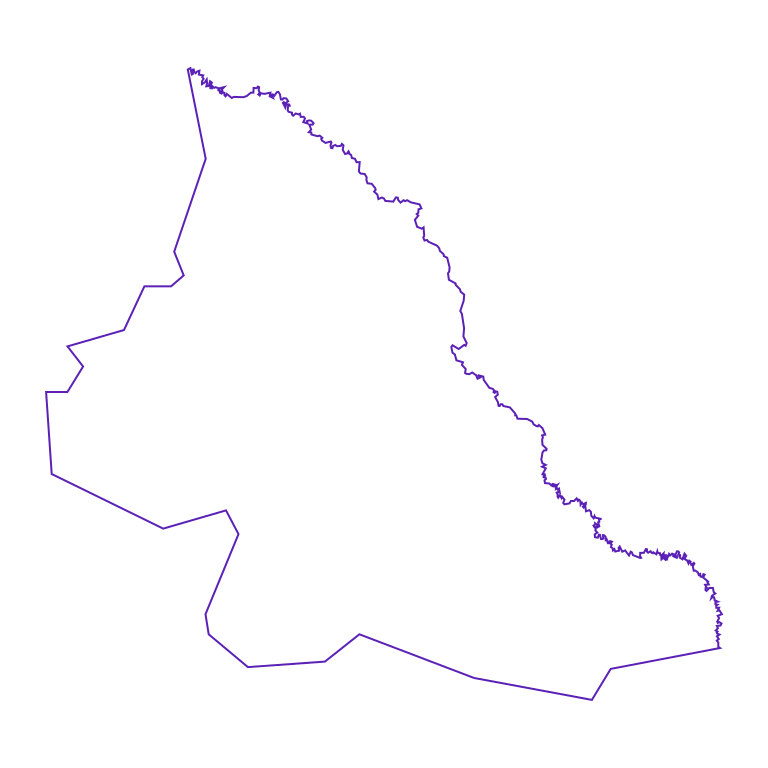 outline of Pochalla, Jonglei, South Sudan
{"feature_id": "79223893B22691287422318", "entity_name": "Pochalla", "entity_type": "district", "adm_level": 2, "iso_a3": "SSD", "parent_name": "South Sudan", "parent_adm1": "Jonglei", "projection": "natural_earth1", "projection_center": [34.083, 7.206], "detail": "fine", "context": "isolated", "style": "outline", "palette": "violet", "viewbox_px": 768, "rotation_deg": 0, "n_neighbors": 0, "source": "geoboundaries", "source_scale": "gbopen_adm2", "svg_char_len": 6048}
<svg xmlns="http://www.w3.org/2000/svg" viewBox="0 0 768 768"><path d="M720.0,648.0L718.3,646.8L718.3,642.4L716.8,640.6L718.8,639.0L716.9,636.3L719.5,634.6L717.3,633.7L716.7,632.7L717.6,631.6L715.7,630.5L717.9,628.3L716.9,625.9L720.5,625.5L721.5,623.5L719.3,622.1L717.8,622.9L717.2,621.6L719.1,618.1L717.7,615.8L721.9,614.2L719.4,610.3L717.6,610.8L719.1,607.7L716.3,607.8L716.2,605.6L717.5,604.7L715.4,604.1L715.4,602.1L717.7,601.6L714.6,600.2L714.2,597.4L712.6,597.0L711.3,598.3L712.0,595.7L715.3,593.5L713.7,592.1L712.9,587.9L709.2,588.0L706.6,590.9L705.5,590.1L705.6,588.0L706.7,587.7L705.1,584.8L708.8,584.5L707.4,582.0L708.0,581.5L703.1,577.4L704.6,574.7L703.4,574.2L702.3,576.9L700.5,576.6L700.2,573.9L699.1,574.4L699.1,575.9L697.8,572.3L695.4,570.6L693.7,570.7L692.8,566.1L694.4,563.7L693.8,562.9L691.3,564.8L690.2,562.8L690.6,561.6L689.3,560.7L688.4,563.3L687.2,560.5L684.4,558.9L686.2,555.7L684.5,553.6L682.4,559.3L679.8,557.6L680.2,555.1L678.3,554.7L679.2,552.5L678.5,551.5L677.0,551.3L675.8,554.0L674.2,554.4L674.5,555.6L677.4,556.6L676.8,557.8L673.2,556.2L673.2,554.2L672.1,553.6L670.1,555.5L669.0,553.9L667.6,557.4L666.2,555.2L664.7,555.2L664.7,556.8L666.7,559.6L665.6,559.9L663.5,557.8L661.5,559.4L661.3,556.7L663.2,556.2L663.6,553.3L661.6,555.2L660.2,555.0L660.0,553.2L657.7,552.9L657.3,551.3L656.4,554.3L653.3,552.3L652.8,553.2L651.3,552.6L650.6,551.2L648.1,552.7L646.9,551.5L647.0,549.3L645.9,549.0L643.8,552.9L640.2,552.9L640.1,556.2L641.1,557.8L640.3,558.0L632.9,555.1L631.9,552.4L630.7,551.7L629.0,555.5L625.1,550.4L622.3,551.7L619.7,546.5L618.6,547.9L619.1,550.7L615.2,551.5L614.4,549.1L613.0,550.4L612.6,548.3L610.9,547.0L611.7,544.7L610.4,543.6L611.9,541.7L610.0,541.1L609.1,541.5L609.3,543.2L607.9,543.2L606.6,539.2L605.7,539.9L605.5,536.7L604.1,535.3L602.9,535.1L603.3,538.5L602.6,539.0L601.0,539.0L599.9,534.8L598.9,534.7L597.8,537.7L595.0,537.2L594.7,534.4L597.3,532.6L595.3,530.3L596.2,526.9L594.5,527.3L593.5,525.6L595.2,524.6L595.1,523.3L596.9,524.6L597.5,527.3L599.3,526.3L598.1,522.3L599.3,521.8L599.0,519.3L601.5,519.0L595.2,517.6L594.5,516.0L593.6,518.3L591.3,515.8L590.9,511.8L589.4,510.2L586.0,511.3L585.3,506.4L583.6,507.6L582.9,506.7L585.7,504.7L585.9,502.9L583.1,504.2L582.0,502.7L580.6,504.7L580.3,500.9L578.9,499.6L577.9,500.9L576.6,498.4L574.1,501.0L570.9,501.0L569.5,503.4L564.4,504.3L563.2,502.9L564.5,499.6L562.1,496.7L561.6,498.1L559.9,495.3L558.2,497.7L557.5,496.4L557.8,494.8L556.7,492.7L558.1,491.9L559.8,492.7L559.0,488.6L557.7,489.5L557.0,488.3L555.9,489.0L555.9,487.2L557.5,484.7L554.0,486.5L552.7,486.2L552.8,485.1L554.2,484.4L552.7,483.9L551.1,485.3L549.4,483.5L545.0,483.1L544.5,480.3L546.0,479.0L545.6,477.8L543.6,477.2L543.7,476.0L545.1,475.7L544.6,474.1L542.6,474.1L545.8,468.3L542.1,466.7L545.7,464.9L542.4,463.2L541.3,459.6L542.5,452.5L543.9,450.5L546.3,450.3L546.6,448.8L542.5,444.9L542.1,439.6L542.9,437.4L542.1,435.4L545.2,434.6L542.4,428.1L538.8,425.0L537.8,426.4L536.3,426.0L533.6,424.3L532.2,421.6L527.2,419.0L517.5,418.7L516.4,415.4L515.2,415.3L515.3,413.6L509.9,407.4L503.3,406.0L502.4,404.3L500.8,404.2L499.6,406.0L498.6,405.9L497.9,402.1L495.1,397.0L497.8,394.7L497.3,391.8L495.6,391.3L494.7,392.9L493.5,392.1L494.1,390.4L492.7,388.8L489.4,387.9L483.7,379.9L483.3,376.6L477.8,375.1L480.3,377.4L477.5,378.7L476.2,375.3L472.2,372.5L469.3,374.2L466.4,373.8L465.1,373.0L465.7,369.0L461.9,364.9L463.0,362.3L456.4,360.3L454.9,354.5L452.5,352.7L451.3,347.1L452.5,345.3L458.7,349.0L464.2,344.9L465.6,345.8L466.7,343.1L463.4,336.4L464.1,328.3L461.9,313.9L460.3,311.0L463.7,300.7L464.2,294.6L460.7,291.8L459.9,289.2L455.6,284.8L455.6,283.4L448.9,279.8L448.0,273.3L449.2,271.6L449.6,267.5L447.2,257.7L443.8,256.1L443.7,254.4L439.8,250.8L439.3,248.4L437.1,245.7L428.3,241.7L427.1,240.0L424.5,240.5L423.3,237.4L424.2,235.8L423.6,227.4L421.8,228.7L417.1,226.8L414.9,219.8L418.3,215.6L416.7,214.0L418.3,212.8L418.5,209.3L421.4,208.4L419.6,204.4L410.7,202.3L407.2,200.2L405.1,201.2L403.6,200.2L400.5,202.6L398.1,199.8L397.8,197.7L395.9,197.4L393.3,201.6L385.3,200.9L384.0,198.6L381.9,197.5L378.4,199.1L377.4,194.6L374.1,191.6L375.7,189.7L375.1,188.0L371.7,183.8L367.5,183.3L366.4,180.1L366.7,177.4L364.7,174.0L360.5,173.5L358.9,171.5L359.7,162.1L356.5,162.2L355.0,158.8L351.9,158.0L351.1,154.9L348.3,153.2L349.1,152.3L348.5,151.3L347.0,153.5L345.1,154.0L342.7,149.8L343.5,145.3L341.9,143.9L340.8,145.9L337.1,146.2L335.3,145.0L333.0,146.0L332.4,148.2L331.0,147.9L330.5,145.6L331.4,142.5L330.8,141.5L325.5,142.9L322.0,140.6L321.2,139.0L322.3,137.8L319.6,135.6L317.5,136.2L311.4,134.5L311.3,132.5L308.9,132.2L311.2,129.5L309.3,124.7L312.8,124.6L313.6,123.2L311.2,120.7L309.0,120.4L306.9,121.1L307.7,123.5L303.3,122.1L305.0,118.5L303.8,116.9L300.7,116.9L300.0,113.7L298.8,114.4L295.7,113.5L293.2,115.7L292.0,114.6L292.0,112.7L288.6,111.8L287.7,110.4L288.1,106.0L289.7,105.7L289.2,104.5L286.2,104.2L285.3,107.6L282.9,102.8L283.9,102.1L285.2,103.4L288.2,101.2L286.2,98.4L283.4,98.2L282.5,99.6L280.9,99.5L279.9,94.2L278.4,91.9L276.8,92.2L274.2,96.0L272.7,94.3L271.2,94.7L272.8,97.8L269.7,96.3L270.4,92.7L264.2,93.9L260.9,93.2L259.7,95.5L258.3,94.4L259.8,92.5L258.7,90.5L259.1,87.2L257.9,86.6L256.7,88.2L253.6,87.9L253.4,92.7L250.8,92.7L246.8,96.0L243.4,97.2L233.6,96.9L231.8,98.0L226.8,93.9L225.6,96.3L224.5,95.3L224.4,92.8L222.8,92.5L221.6,93.6L220.0,92.8L219.8,91.9L222.4,91.0L222.0,89.3L224.1,87.1L219.4,88.3L219.7,90.0L218.4,90.2L218.5,88.2L215.4,87.2L214.1,87.9L212.1,86.0L211.9,88.3L210.4,88.2L210.2,86.3L211.9,82.6L210.0,81.2L208.8,86.0L206.3,86.3L207.1,83.5L206.7,79.5L204.8,82.4L202.0,84.1L202.0,81.3L203.6,78.8L202.3,77.1L203.2,75.4L198.9,74.6L199.4,70.7L196.8,71.7L195.7,73.2L194.1,71.8L193.8,69.5L192.9,69.5L191.8,71.4L193.0,73.9L191.8,74.5L190.4,68.1L187.8,69.5L205.7,158.8L174.2,251.7L183.7,275.4L171.1,286.3L144.4,286.3L124.0,330.0L67.5,346.4L83.1,366.5L67.4,392.0L46.1,392.0L51.7,474.0L163.2,528.6L226.0,510.4L238.5,534.1L205.5,614.2L208.7,634.3L247.9,667.1L324.9,661.6L359.4,634.3L474.1,678.0L591.9,699.9L610.7,668.9L720.0,648.0Z" fill="none" stroke="#5b21b6" stroke-width="2"/></svg>